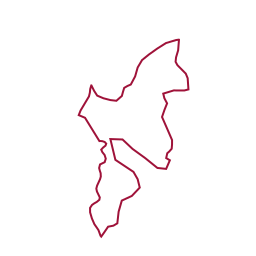 the border of Babək, rotated 40°
{"feature_id": "AZE-2420", "entity_name": "Babək", "entity_type": "District", "adm_level": 1, "iso_a3": "AZE", "parent_name": "Azerbaijan", "parent_adm1": "", "projection": "mercator", "projection_center": [45.36, 39.281], "detail": "fine", "context": "isolated", "style": "outline", "palette": "rose", "viewbox_px": 256, "rotation_deg": 40, "n_neighbors": 0, "source": "natural_earth", "source_scale": "10m", "svg_char_len": 1333}
<svg xmlns="http://www.w3.org/2000/svg" viewBox="0 0 256 256"><g transform="rotate(40 128 128)"><path d="M110.3,27.6L116.5,36.3L119.4,43.0L121.9,46.7L125.5,48.1L137.3,49.2L141.7,51.5L149.5,59.6L147.0,63.1L138.9,69.8L132.9,79.0L136.7,81.8L142.1,84.0L144.3,90.7L147.0,97.7L158.1,103.2L169.5,108.9L172.4,112.4L174.8,115.8L174.7,119.5L174.3,122.1L176.6,126.5L180.8,125.8L183.5,134.8L176.2,139.7L160.6,140.0L144.9,141.1L131.2,140.3L121.6,147.8L138.8,160.5L160.4,158.1L168.3,161.0L175.3,166.1L174.6,177.6L169.9,187.6L174.6,198.1L181.1,207.9L179.6,212.2L176.2,216.4L176.9,223.4L177.3,228.4L176.2,228.2L171.0,225.2L167.1,224.1L164.1,223.3L158.5,220.5L153.2,217.0L150.3,213.6L149.9,210.1L150.6,207.4L151.6,204.7L152.2,201.4L151.0,199.3L145.0,196.6L142.7,194.8L141.4,192.1L139.5,185.2L138.4,182.7L136.1,180.2L133.8,178.8L131.6,177.2L130.0,173.9L132.1,169.2L130.7,165.8L127.4,163.7L123.9,163.0L121.4,161.8L121.5,159.0L122.1,156.0L121.4,154.0L119.1,153.7L116.8,154.6L115.1,155.8L114.5,156.4L88.5,147.8L82.0,149.8L80.4,145.0L77.8,128.9L76.1,125.5L74.0,122.4L72.5,119.0L72.6,118.9L78.1,121.3L83.6,123.0L90.1,121.0L96.6,117.9L101.6,114.6L102.7,107.4L100.9,103.5L99.3,99.7L100.6,96.1L102.2,92.9L100.3,83.9L96.5,75.4L95.1,66.9L96.8,58.2L99.4,48.2L102.5,38.5L108.3,29.7L110.2,27.6L110.3,27.6Z" fill="none" stroke="#9f1239" stroke-width="2"/></g></svg>